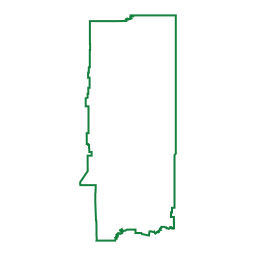 the district of Koorda, Western Australia, Australia
{"feature_id": "25037944B75420720277181", "entity_name": "Koorda", "entity_type": "district", "adm_level": 2, "iso_a3": "AUS", "parent_name": "Australia", "parent_adm1": "Western Australia", "projection": "mercator", "projection_center": [117.388, -30.604], "detail": "fine", "context": "isolated", "style": "outline", "palette": "green", "viewbox_px": 256, "rotation_deg": 0, "n_neighbors": 0, "source": "geoboundaries", "source_scale": "gbopen_adm2", "svg_char_len": 4430}
<svg xmlns="http://www.w3.org/2000/svg" viewBox="0 0 256 256"><path d="M88.3,87.8L88.3,93.8L87.6,93.8L87.6,97.7L86.6,98.0L85.7,98.3L85.7,106.3L88.5,106.3L88.5,133.2L86.7,133.2L86.8,144.0L88.1,144.0L88.1,145.0L89.1,145.0L89.1,146.9L89.0,147.0L89.0,148.4L89.1,148.5L89.3,148.8L89.3,152.0L91.6,152.0L91.6,155.7L87.6,155.7L87.7,171.1L80.3,182.0L80.2,182.3L80.2,184.9L80.3,185.1L90.0,185.1L95.7,185.1L95.7,189.3L95.5,189.8L95.6,192.0L95.5,192.6L95.3,193.6L95.3,202.2L96.0,220.6L96.0,220.8L96.4,221.0L96.5,230.3L96.5,236.1L96.7,237.3L96.7,239.7L96.5,240.6L115.2,240.6L115.4,239.2L116.2,238.9L116.3,238.5L116.3,238.2L116.4,238.3L116.6,238.4L116.6,238.2L116.3,238.0L116.2,237.9L116.3,237.8L116.2,237.7L115.9,237.8L115.6,237.8L115.5,237.7L116.1,237.5L116.2,237.4L116.3,237.3L116.2,237.2L115.9,237.1L115.8,236.9L115.9,236.7L116.0,236.6L116.3,236.6L116.3,236.8L116.5,236.8L116.8,236.7L117.0,236.8L117.3,236.9L117.3,237.1L117.5,237.0L117.5,236.9L117.5,236.7L117.4,236.6L116.7,236.1L116.5,235.9L116.7,235.7L116.8,235.6L117.0,235.6L117.3,235.6L117.5,235.8L117.8,235.7L117.7,235.5L117.5,235.4L117.3,235.3L117.2,235.3L117.1,235.0L116.8,235.2L116.7,235.2L116.5,234.9L116.9,234.7L117.1,234.6L117.3,234.5L117.5,234.6L117.7,234.8L117.8,234.8L117.9,234.7L117.7,234.4L117.3,234.1L117.2,233.9L117.3,233.7L117.5,233.6L117.8,233.6L117.9,233.8L118.0,233.8L118.0,234.1L118.3,234.1L118.3,233.9L118.1,233.6L118.0,233.4L118.1,233.2L118.3,233.1L118.5,233.1L119.1,233.2L119.4,233.2L119.6,233.3L119.3,233.5L119.6,233.6L119.9,233.5L120.2,233.5L120.5,233.7L120.7,233.8L120.8,233.7L121.7,233.3L122.0,233.2L121.9,232.6L121.9,232.4L122.3,232.1L122.5,232.1L122.7,231.9L122.4,231.7L122.1,231.5L121.8,231.7L121.4,231.8L121.2,231.7L121.0,231.4L120.9,231.3L120.8,231.2L120.9,230.6L120.9,230.3L120.9,230.2L120.6,230.3L120.3,230.3L120.1,230.5L120.0,230.4L120.0,230.2L120.5,230.1L121.4,229.4L121.6,229.2L121.8,229.1L121.9,229.4L121.8,229.5L122.0,229.7L122.1,229.8L121.8,229.8L121.7,229.8L121.7,230.2L121.8,230.3L122.0,230.2L122.2,230.4L122.3,230.3L122.6,230.4L122.6,230.5L122.4,230.8L122.5,231.0L122.7,230.8L123.2,230.9L124.1,230.7L125.3,230.7L126.0,230.2L126.4,229.8L126.7,229.7L126.9,229.6L135.5,229.6L135.5,233.0L141.4,233.0L141.5,233.3L141.9,234.1L144.3,234.5L146.7,235.1L149.0,235.5L149.1,234.2L149.5,231.4L149.8,231.3L150.6,231.5L151.0,231.3L153.0,232.0L153.6,232.1L153.8,232.0L154.1,231.7L154.4,232.5L154.4,232.3L154.5,232.2L155.2,232.8L155.1,233.1L155.1,233.5L155.0,234.2L155.6,233.4L156.3,233.0L156.3,232.5L156.7,232.0L157.2,231.9L158.1,232.3L158.7,232.3L158.9,232.1L158.7,231.8L158.4,231.7L158.5,231.3L158.5,230.9L158.8,230.8L159.1,230.9L159.3,230.8L159.2,230.4L159.3,230.3L159.7,230.6L159.8,230.5L159.6,230.0L159.6,229.8L159.8,229.6L160.3,229.7L159.9,229.1L159.9,228.9L160.1,228.9L160.4,228.8L160.7,228.7L160.9,228.6L161.0,228.4L160.9,228.3L160.8,227.4L161.2,227.2L161.6,227.3L161.8,227.2L161.8,226.9L162.0,226.9L163.8,226.8L164.5,227.0L165.4,227.5L165.7,227.4L166.4,228.0L166.5,227.7L167.0,228.1L167.5,228.2L168.2,228.7L168.4,228.7L168.7,228.8L169.0,228.8L169.2,228.7L169.1,228.3L169.6,228.0L170.0,227.7L170.3,227.0L170.5,227.0L170.9,226.9L171.1,227.1L171.6,227.6L171.2,228.0L170.9,227.9L170.8,228.0L171.3,228.3L172.0,228.3L172.1,228.2L171.8,227.8L172.0,227.7L172.2,227.8L172.3,227.7L172.3,227.3L172.5,227.7L172.5,228.4L173.1,228.7L173.7,228.6L174.0,228.5L174.0,223.2L173.9,223.2L173.9,219.6L174.0,219.6L173.9,217.0L171.0,217.0L171.0,212.4L172.0,212.4L172.0,207.8L174.5,207.8L174.5,155.2L175.8,153.6L175.8,66.6L175.8,15.4L131.6,15.4L131.8,15.6L132.1,15.6L132.5,16.0L133.1,16.1L133.3,16.2L133.3,16.3L133.1,16.3L132.3,16.1L132.2,16.1L132.4,16.3L132.2,16.2L131.8,16.0L131.5,15.9L131.4,15.8L131.0,15.8L130.8,16.0L130.6,16.2L130.2,16.4L130.2,16.6L130.3,16.8L130.3,17.0L130.7,17.4L131.1,17.6L131.3,18.1L131.1,18.2L130.8,18.2L130.6,18.1L130.5,18.3L130.8,18.5L131.3,18.4L131.4,18.5L131.2,18.6L130.5,18.7L130.2,18.7L130.2,18.8L130.5,18.8L130.3,19.0L130.2,19.0L130.1,18.9L129.3,19.0L129.1,19.0L128.8,19.1L128.6,19.1L128.4,19.3L128.4,19.2L128.2,19.1L128.1,18.9L127.8,18.8L128.1,19.1L128.1,19.3L127.9,19.4L127.8,19.2L127.7,18.8L127.6,18.7L127.3,18.6L127.1,18.6L126.6,18.7L126.0,19.2L125.9,19.4L125.8,19.5L126.0,20.1L126.0,20.4L126.1,20.6L126.1,21.0L124.8,21.0L118.0,21.1L89.9,21.1L89.9,27.4L89.9,41.9L89.9,43.8L90.1,43.8L90.1,50.0L89.8,50.0L89.8,67.3L88.8,67.3L88.8,72.5L88.1,72.5L88.1,77.7L89.6,77.7L89.6,87.8L88.3,87.8Z" fill="none" stroke="#15803d" stroke-width="2"/></svg>